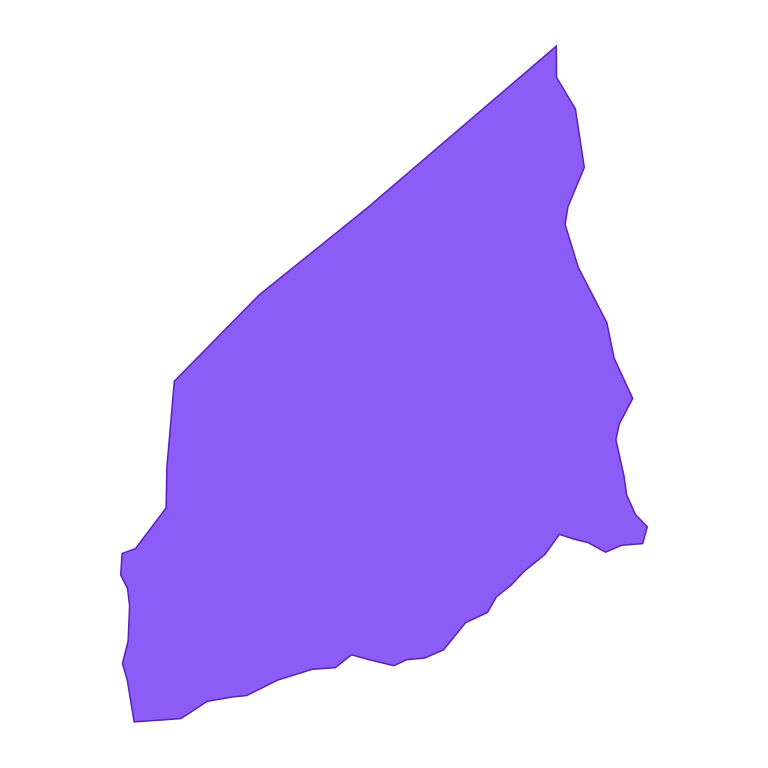 the district of Serra de São Bento, Rio Grande do Norte, Brazil
{"feature_id": "56859067B16323144797596", "entity_name": "Serra de São Bento", "entity_type": "district", "adm_level": 2, "iso_a3": "BRA", "parent_name": "Brazil", "parent_adm1": "Rio Grande do Norte", "projection": "natural_earth1", "projection_center": [-35.714, -6.42], "detail": "fine", "context": "isolated", "style": "filled", "palette": "violet", "viewbox_px": 768, "rotation_deg": 0, "n_neighbors": 0, "source": "geoboundaries", "source_scale": "gbopen_adm2", "svg_char_len": 813}
<svg xmlns="http://www.w3.org/2000/svg" viewBox="0 0 768 768"><path d="M556.3,46.1L366.9,208.2L326.7,240.6L259.3,294.8L174.3,381.2L166.9,467.2L166.1,507.9L135.5,548.6L122.1,553.5L120.7,575.0L127.6,588.6L129.6,606.1L128.1,641.2L122.4,663.4L127.3,680.2L134.1,721.9L180.9,718.6L207.1,701.4L231.4,697.1L246.8,695.5L277.3,680.2L312.1,669.3L335.2,667.7L351.5,654.8L368.9,659.7L394.0,665.7L406.5,659.7L424.5,658.1L443.6,649.8L465.6,622.7L487.5,612.4L496.4,596.9L510.9,585.3L524.1,571.4L544.9,554.5L559.4,534.4L574.6,539.3L588.0,542.6L605.6,552.2L621.6,545.3L642.7,543.6L647.3,526.7L635.6,514.8L626.8,495.3L623.9,475.5L615.9,439.7L619.3,423.9L632.7,398.4L614.2,358.4L606.8,322.6L578.3,267.4L565.1,224.4L568.0,206.5L584.3,167.5L575.4,108.9L556.6,77.5L556.3,46.1Z" fill="#8b5cf6" stroke="#5b21b6" stroke-width="1.5"/></svg>